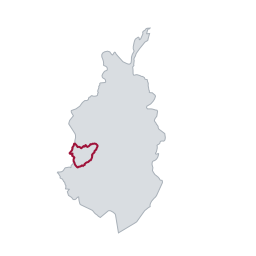 Badghis on a map of Afghanistan (Mercator projection), rotated 311°
{"feature_id": "AFG-1741", "entity_name": "Badghis", "entity_type": "Province", "adm_level": 1, "iso_a3": "AFG", "parent_name": "Afghanistan", "parent_adm1": "", "projection": "mercator", "projection_center": [63.837, 35.271], "detail": "fine", "context": "in_parent", "style": "outline", "palette": "rose", "viewbox_px": 256, "rotation_deg": 311, "n_neighbors": 0, "source": "natural_earth", "source_scale": "10m", "svg_char_len": 5754}
<svg xmlns="http://www.w3.org/2000/svg" viewBox="0 0 256 256"><g transform="rotate(311 128 128)"><path d="M112.8,77.3L117.3,76.9L120.3,77.4L121.8,79.0L123.4,79.4L124.9,78.6L125.9,78.5L126.2,79.0L127.0,79.2L128.1,79.1L128.8,79.6L129.0,80.5L129.8,81.7L131.4,83.1L132.7,83.5L134.5,82.3L135.1,82.5L135.4,82.1L135.6,81.3L136.7,80.5L138.7,79.8L139.8,79.2L140.2,78.6L140.9,78.5L141.6,78.6L142.2,78.4L142.6,77.7L143.3,77.5L143.9,77.6L146.6,80.2L147.7,81.0L148.2,80.9L149.5,79.4L149.7,78.1L149.3,76.4L149.6,75.1L150.5,74.0L152.2,73.4L154.6,73.1L156.1,73.3L156.7,73.8L157.4,74.1L158.3,74.2L159.2,73.5L160.0,72.3L160.0,70.7L159.3,68.8L159.5,68.2L160.8,67.2L162.1,65.8L163.3,63.9L164.5,61.6L166.0,60.2L167.8,59.7L170.0,60.3L172.5,62.1L173.5,64.3L172.9,66.8L172.8,68.2L173.3,68.5L176.2,68.0L176.6,68.4L176.6,69.1L176.1,70.2L175.6,73.2L174.7,80.7L175.9,85.1L176.8,86.9L177.6,87.4L178.5,87.6L179.3,87.5L181.1,86.3L183.7,84.2L186.3,83.0L190.0,82.2L191.2,80.0L193.0,78.5L196.9,76.3L199.1,75.4L200.3,75.3L203.3,76.1L203.4,76.8L203.2,77.5L202.4,78.1L202.1,78.6L202.4,78.9L203.6,79.1L208.8,77.5L210.0,76.2L211.1,76.1L213.3,76.7L215.0,76.5L215.9,77.1L217.9,79.1L217.2,79.2L216.3,78.8L215.8,78.1L213.7,79.0L211.4,80.2L211.5,80.5L213.5,82.3L209.2,84.3L207.2,85.4L206.8,85.4L203.9,84.4L195.7,84.7L189.6,85.3L187.2,86.3L184.9,86.8L183.8,87.3L183.0,88.4L179.6,90.7L179.0,91.5L177.1,91.5L175.1,93.7L172.2,96.3L171.6,97.6L172.1,98.2L173.6,99.2L174.3,100.1L175.4,102.6L175.8,104.4L176.5,105.2L176.8,107.3L176.1,108.5L176.1,109.1L177.1,110.7L176.8,111.2L176.1,112.0L175.0,114.0L173.0,115.6L172.1,116.9L170.7,118.4L170.1,119.6L169.5,120.3L168.9,120.7L169.1,121.3L169.6,122.2L170.5,123.1L170.5,126.9L170.0,127.9L167.4,129.0L165.0,129.4L162.0,129.4L160.9,129.3L156.8,127.9L155.5,128.6L155.2,130.2L157.6,132.9L158.5,134.4L159.6,136.9L160.4,138.1L160.1,139.3L155.8,142.0L153.1,142.2L151.5,142.7L150.6,143.3L150.0,146.1L149.4,147.1L149.4,148.4L148.9,149.7L148.0,150.6L147.4,152.0L147.9,159.4L145.4,162.3L144.0,163.3L142.7,163.8L141.6,163.6L140.3,162.0L139.3,161.3L138.4,161.5L137.4,162.0L135.9,161.9L134.6,161.3L133.9,161.3L133.5,161.9L132.1,163.2L128.6,165.1L127.2,165.2L126.6,165.7L126.9,166.5L127.5,167.1L128.6,167.5L128.6,168.1L126.9,169.0L125.1,169.7L123.0,169.9L120.9,169.5L119.8,168.7L118.5,168.6L117.3,169.2L116.1,170.2L114.4,172.8L111.9,174.4L111.3,175.9L110.5,178.8L110.7,182.9L110.4,184.8L109.9,186.0L110.0,186.9L110.8,188.0L110.5,188.7L109.8,189.5L109.1,189.9L95.6,193.9L93.4,194.0L92.3,193.8L88.5,193.8L86.9,194.1L85.3,194.6L84.1,195.3L83.2,196.3L81.6,195.7L76.6,194.8L63.0,196.1L61.7,195.8L42.6,189.6L54.3,175.5L54.7,174.3L54.7,172.0L54.0,168.9L52.8,167.5L42.3,165.8L41.9,163.4L42.1,162.3L41.9,160.2L41.9,158.6L42.4,156.0L42.4,154.8L39.1,142.8L39.1,141.6L41.0,138.8L43.5,136.1L43.4,135.6L42.1,135.3L40.2,135.3L39.2,134.9L38.4,134.1L38.1,133.0L38.6,131.1L38.1,127.3L40.1,124.0L43.2,123.9L41.6,121.5L41.2,121.3L41.1,120.9L41.3,120.5L42.1,120.3L43.9,118.8L44.0,117.9L45.5,115.7L45.4,114.7L46.4,112.1L45.9,110.3L45.8,109.4L46.9,108.8L47.6,106.3L48.0,105.7L48.1,105.1L47.8,104.1L48.8,103.9L49.8,105.2L51.3,106.5L52.3,106.9L53.5,107.1L56.2,106.7L56.8,106.8L59.7,109.1L60.2,109.7L60.4,110.7L60.9,110.9L61.8,110.0L62.8,109.7L64.6,110.0L65.6,109.6L70.2,106.7L70.5,104.9L71.0,103.8L71.6,103.2L70.8,101.0L71.1,100.6L71.7,100.4L73.3,100.4L80.3,98.0L82.1,98.0L82.5,97.8L82.6,97.2L83.1,96.5L86.4,94.7L88.3,92.9L89.0,91.6L92.2,80.6L93.8,79.7L95.6,79.0L101.4,78.8L102.5,75.4L103.0,74.5L104.0,73.8L108.3,76.2L112.8,77.3Z" fill="#d9dde1" stroke="#a8b0b8" stroke-width="1"/><path d="M73.8,100.4L74.9,100.2L75.9,99.7L76.1,99.6L76.4,99.1L76.5,99.0L76.8,98.8L77.0,98.8L78.5,98.7L79.1,98.6L80.2,97.9L80.6,97.8L80.8,97.7L81.2,97.9L81.3,98.4L81.3,99.1L81.3,99.7L81.1,100.7L80.9,101.0L80.9,101.3L80.9,101.6L80.7,102.0L80.6,102.3L80.6,102.5L80.8,102.7L81.1,102.8L81.3,103.0L81.5,103.2L81.7,103.4L81.8,103.7L81.9,104.0L82.0,104.2L82.0,105.3L82.0,105.6L82.0,105.8L82.1,106.0L82.3,106.1L84.3,106.2L85.1,106.4L85.1,106.5L85.2,106.8L85.1,107.0L85.6,107.4L85.7,107.5L85.8,107.5L86.0,107.4L86.6,107.2L87.2,107.2L87.3,107.3L87.3,107.6L87.2,107.9L87.1,108.4L87.1,108.6L87.1,108.8L87.0,109.4L87.0,109.6L87.1,109.8L88.4,110.3L89.6,110.5L89.9,110.5L90.2,110.4L90.7,110.4L90.9,110.3L91.1,110.3L91.3,110.8L91.5,111.0L92.0,111.3L92.5,111.4L92.8,111.5L93.1,111.8L93.4,112.3L93.5,112.4L94.3,112.9L94.4,113.1L94.5,113.3L94.6,113.5L94.7,113.8L94.9,114.1L95.0,114.3L95.0,114.5L94.9,115.1L94.9,115.3L94.9,115.7L94.9,115.8L94.8,116.2L94.8,116.4L94.6,116.7L94.5,116.8L94.4,116.9L94.0,117.1L91.8,117.7L91.0,118.1L90.8,118.2L90.7,118.2L90.4,118.1L90.1,118.0L88.6,117.9L88.3,118.0L88.2,118.1L88.0,118.3L87.9,118.5L86.5,118.6L86.4,118.6L86.1,118.5L86.0,118.4L85.8,118.4L84.6,118.4L84.3,118.5L84.2,118.5L83.8,118.8L83.7,118.9L83.6,119.0L83.6,119.3L83.4,119.4L83.1,119.5L82.1,120.2L79.5,121.0L79.3,121.0L79.2,121.0L79.0,120.8L78.9,120.7L78.6,120.5L77.6,120.3L77.4,120.4L77.2,120.4L76.4,120.3L76.1,120.2L75.6,119.9L75.3,119.6L74.9,119.4L74.0,119.1L72.9,119.0L72.5,118.9L72.4,119.0L71.9,119.4L71.7,119.5L70.9,119.1L70.5,119.0L70.1,118.9L69.9,118.9L69.9,118.5L69.8,118.2L69.7,118.1L69.5,117.8L69.4,117.7L69.1,117.7L68.7,117.7L68.4,117.6L68.2,117.5L68.1,117.4L67.9,117.2L67.5,117.1L67.4,117.0L67.2,117.0L66.9,116.7L66.5,116.3L66.4,116.2L66.2,116.2L65.4,116.0L65.4,115.9L65.2,115.5L65.2,115.3L65.1,115.2L65.3,113.4L65.4,112.9L65.6,112.1L65.7,111.8L66.8,110.1L67.3,108.7L68.5,107.6L69.3,107.2L69.6,107.1L70.1,107.1L70.3,107.0L70.5,106.9L70.6,106.6L70.6,106.0L70.7,105.5L70.7,105.4L70.5,105.2L70.4,104.2L70.8,103.7L71.7,103.3L72.1,103.1L72.2,102.9L71.8,102.6L71.7,102.6L71.5,102.3L70.9,101.8L70.8,101.6L70.8,101.3L70.6,101.1L70.5,100.9L70.6,100.6L70.8,100.4L71.1,100.4L73.8,100.4Z" fill="none" stroke="#9f1239" stroke-width="2"/></g></svg>